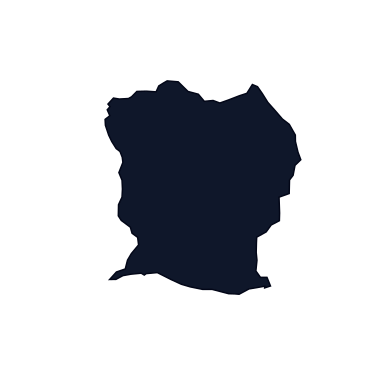 Stavrokonnou, Paphos, Cyprus, rotated 233°
{"feature_id": "46923920B66998759901759", "entity_name": "Stavrokonnou", "entity_type": "district", "adm_level": 2, "iso_a3": "CYP", "parent_name": "Cyprus", "parent_adm1": "Paphos", "projection": "equal_earth", "projection_center": [32.616, 34.788], "detail": "fine", "context": "isolated", "style": "filled", "palette": "ink", "viewbox_px": 384, "rotation_deg": 233, "n_neighbors": 0, "source": "geoboundaries", "source_scale": "gbopen_adm2", "svg_char_len": 1303}
<svg xmlns="http://www.w3.org/2000/svg" viewBox="0 0 384 384"><g transform="rotate(233 192 192)"><path d="M71.7,192.3L69.7,198.1L78.7,200.5L82.6,195.3L90.5,195.5L98.4,202.8L105.1,206.9L112.8,213.0L117.0,216.5L115.5,227.2L118.0,235.4L116.5,244.5L122.5,249.3L135.5,258.4L132.3,268.7L142.9,277.1L144.5,282.8L151.3,290.3L151.9,295.2L152.3,298.3L160.0,300.6L170.1,305.0L175.3,308.8L187.5,310.4L195.9,308.1L206.7,307.4L217.9,306.5L228.5,307.4L236.7,307.7L241.5,304.9L237.8,295.2L240.4,287.6L243.5,276.7L246.3,267.8L252.4,263.9L257.0,256.4L266.3,255.9L274.7,249.3L288.3,247.3L295.7,239.0L296.2,235.0L296.7,229.3L293.6,223.6L300.0,216.2L305.5,208.5L304.4,201.0L304.9,197.5L310.0,189.9L314.3,185.8L312.8,177.8L309.5,177.9L308.7,173.8L302.4,172.3L302.3,166.3L297.4,163.0L287.6,159.7L280.6,158.3L272.3,157.6L267.7,158.9L261.7,157.2L257.2,154.6L251.5,145.3L243.5,143.2L236.2,138.2L230.0,133.0L226.1,125.7L217.3,118.8L211.9,118.4L201.0,121.6L195.1,119.3L188.5,121.3L181.9,117.5L179.3,106.5L176.4,99.5L170.7,92.4L173.6,83.5L171.7,73.6L168.0,78.7L166.8,86.5L163.1,93.8L157.7,102.6L154.4,103.9L154.4,106.3L148.5,115.8L134.7,122.6L124.7,128.0L117.3,133.5L107.7,142.0L102.2,149.4L88.7,160.1L85.1,164.6L82.0,168.1L80.3,179.2L76.8,185.9L73.0,193.4L71.7,192.3Z" fill="#0f172a" stroke="#020617" stroke-width="1.5"/></g></svg>